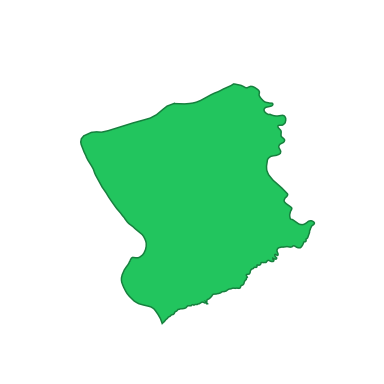 outline of La Virginia, Risaralda, Colombia, rotated 130°
{"feature_id": "7082276B71281345129005", "entity_name": "La Virginia", "entity_type": "district", "adm_level": 2, "iso_a3": "COL", "parent_name": "Colombia", "parent_adm1": "Risaralda", "projection": "natural_earth1", "projection_center": [-75.853, 4.903], "detail": "fine", "context": "isolated", "style": "filled", "palette": "green", "viewbox_px": 384, "rotation_deg": 130, "n_neighbors": 0, "source": "geoboundaries", "source_scale": "gbopen_adm2", "svg_char_len": 5806}
<svg xmlns="http://www.w3.org/2000/svg" viewBox="0 0 384 384"><g transform="rotate(130 192 192)"><path d="M144.7,77.3L143.7,77.8L141.3,78.4L140.1,78.3L139.1,77.9L137.7,77.9L137.0,78.4L136.7,79.3L136.8,80.5L137.1,81.7L137.6,82.5L138.4,83.2L139.6,84.0L141.3,84.3L142.8,84.7L144.5,85.3L145.8,86.2L146.9,87.6L147.7,89.2L147.9,90.2L148.5,97.1L148.7,97.7L149.2,98.5L149.4,98.9L149.3,99.4L149.0,100.0L147.6,101.7L146.4,102.7L143.9,103.9L143.1,104.2L141.7,104.4L140.9,104.7L140.4,105.0L140.1,105.4L140.0,106.0L140.0,107.3L140.2,109.7L140.4,112.3L140.3,113.9L140.1,114.9L139.7,115.6L139.2,116.1L138.3,116.4L137.3,116.7L136.3,116.8L134.9,116.5L133.8,116.6L132.9,116.8L132.2,117.3L132.0,118.0L131.2,125.7L130.9,137.4L130.4,140.1L129.6,144.2L128.8,146.0L127.3,148.7L126.0,150.0L124.2,151.6L118.8,154.9L117.3,155.2L115.8,155.0L114.0,154.5L111.9,152.9L109.8,151.0L107.5,149.7L106.6,149.4L105.6,149.2L104.8,149.6L103.9,150.1L103.4,150.9L102.1,154.1L101.4,154.8L100.7,155.1L99.8,155.3L98.7,155.3L95.4,153.9L94.2,153.8L93.0,154.2L92.3,155.0L92.2,156.0L92.1,159.2L91.7,159.9L90.3,161.1L88.9,162.1L88.1,162.9L87.7,163.9L87.3,167.1L86.9,168.0L86.3,168.6L85.6,168.6L84.8,168.1L83.2,166.3L82.5,165.6L80.0,165.1L79.0,165.2L76.8,166.3L75.3,167.6L74.6,169.1L74.4,170.2L74.9,171.8L76.4,173.2L78.8,175.3L80.0,176.8L81.0,178.5L82.0,180.9L82.3,182.1L83.6,183.4L83.8,184.4L84.0,185.9L83.9,187.1L83.9,187.7L83.7,188.3L83.0,189.5L82.7,189.7L82.1,190.0L81.5,190.1L80.8,190.1L79.8,189.9L78.4,188.9L76.1,187.1L75.2,186.5L74.4,186.2L73.8,186.1L73.3,186.2L72.7,186.5L72.4,187.2L72.5,187.8L74.1,189.8L74.4,190.6L75.8,193.1L76.2,194.3L76.3,196.2L76.0,198.8L75.7,200.4L75.0,202.4L74.4,203.1L73.6,203.7L72.9,204.0L72.0,204.7L71.6,205.4L71.3,206.4L71.3,208.2L71.6,211.0L71.8,211.9L72.2,213.1L72.6,214.0L73.5,215.1L75.5,216.2L76.7,216.7L77.2,217.3L77.6,218.0L77.9,219.0L78.0,220.0L78.8,223.0L81.8,228.6L82.5,229.6L85.4,230.5L93.0,234.2L95.8,235.3L98.3,236.4L101.7,238.3L105.2,239.9L116.5,244.3L120.2,246.3L121.5,247.2L123.4,248.6L125.8,250.8L129.3,254.3L135.1,261.7L135.4,262.0L135.3,262.4L142.2,266.3L147.0,267.3L155.5,268.8L162.2,271.5L167.3,274.9L176.7,281.4L198.9,295.6L204.4,299.8L207.3,303.8L211.0,307.4L218.5,311.0L222.3,311.0L225.2,309.4L226.8,307.5L230.7,300.4L232.6,296.2L233.1,295.5L234.5,292.2L236.7,285.4L237.9,282.3L240.0,278.8L241.0,276.8L243.6,270.1L246.0,264.0L247.9,257.0L249.4,252.7L250.8,247.8L252.4,241.8L253.1,238.9L254.0,233.3L254.8,230.0L255.2,227.4L255.7,226.0L256.6,222.1L256.8,220.1L256.5,214.7L256.7,212.1L256.6,202.9L257.1,200.7L258.2,198.0L259.4,195.8L260.6,194.2L263.0,192.2L266.0,190.6L269.5,189.6L272.0,189.4L275.2,190.1L276.9,190.9L278.3,192.5L279.3,194.0L280.2,195.4L281.5,195.9L283.4,195.6L284.8,195.1L285.9,195.0L287.0,194.6L289.1,194.3L291.3,194.2L295.1,193.8L300.2,192.3L303.2,190.8L304.9,189.4L306.3,187.8L307.8,185.2L308.9,183.1L310.6,179.1L311.5,176.5L312.2,172.9L312.5,169.1L312.7,166.2L312.3,163.5L311.8,161.0L309.8,156.6L307.4,151.8L306.4,149.5L306.1,147.4L306.0,145.9L306.5,143.5L307.6,139.4L309.3,134.8L310.6,132.5L311.9,130.3L309.9,130.1L309.2,129.9L306.6,130.0L306.1,129.9L304.7,129.6L304.3,129.6L303.6,129.7L302.9,129.7L301.6,129.0L301.2,128.9L299.6,128.8L298.9,128.5L298.1,127.8L297.6,127.6L296.7,127.5L296.1,127.6L295.5,127.9L295.1,127.9L294.2,127.8L293.5,127.4L292.6,127.2L290.9,127.2L290.1,126.4L289.1,125.9L288.8,125.6L287.5,124.2L286.2,123.1L284.8,122.3L284.2,122.2L282.4,122.2L282.1,122.1L281.8,122.0L280.0,119.9L279.6,119.5L278.6,119.5L277.9,119.1L277.7,118.9L277.5,118.5L277.5,117.8L276.3,117.4L275.7,116.8L275.1,116.0L274.7,115.6L274.1,115.5L273.7,115.3L273.1,114.7L272.6,114.5L270.5,113.8L269.9,113.5L269.6,113.2L269.1,112.3L268.9,111.1L268.6,110.7L267.7,110.3L267.7,110.0L267.8,109.5L268.0,109.5L268.2,109.2L268.1,108.6L267.9,108.5L267.6,108.3L267.4,109.7L267.1,111.0L266.8,110.0L266.6,110.1L265.9,110.6L265.3,111.0L264.8,111.1L264.3,111.0L263.7,110.7L262.9,110.3L261.9,110.1L259.3,109.9L258.3,110.1L257.2,110.1L256.7,110.0L255.4,108.8L255.0,108.3L254.1,107.5L253.4,107.1L252.7,106.4L251.1,105.4L250.7,105.2L249.8,105.1L248.9,104.7L248.4,104.2L248.1,103.9L247.7,103.4L245.7,102.1L244.4,101.9L243.2,101.5L242.7,101.2L242.1,100.9L241.2,99.9L240.7,99.7L239.7,99.1L238.9,98.3L237.9,96.8L237.2,96.3L236.7,95.8L236.2,94.9L235.5,94.0L235.0,93.7L234.6,93.5L233.7,93.7L233.0,94.0L232.1,94.2L231.5,93.9L230.7,93.4L230.3,93.3L229.7,93.3L229.0,93.3L227.4,94.1L226.0,94.4L225.5,94.4L224.1,94.2L222.9,95.0L222.5,95.0L222.0,94.8L221.7,94.8L221.5,95.5L221.1,96.6L220.8,96.9L220.4,97.2L220.0,97.1L218.4,95.7L217.8,95.4L217.2,95.5L216.4,95.7L215.2,96.4L214.4,96.7L213.4,96.8L212.7,96.7L212.2,96.4L211.2,95.9L209.9,95.9L209.6,95.8L209.4,95.6L208.5,94.4L208.1,94.2L207.6,94.2L207.2,94.4L206.5,95.1L206.2,95.2L205.9,95.0L205.3,94.0L204.6,93.3L204.2,93.1L203.7,93.0L202.8,93.1L201.9,93.6L201.5,93.5L200.9,93.0L200.3,92.1L198.5,90.1L198.2,90.0L197.7,90.0L196.4,90.1L195.9,90.0L195.4,89.7L195.0,89.1L194.8,88.3L194.7,87.7L194.3,86.6L193.3,85.4L192.9,85.1L192.0,85.1L191.7,85.5L191.6,85.8L191.5,86.8L191.2,87.1L190.8,87.5L190.5,86.3L190.2,85.6L189.9,85.1L189.5,84.6L189.2,84.4L188.7,84.4L188.4,84.5L188.1,84.7L188.0,85.2L187.9,86.5L187.6,87.4L187.2,88.0L186.9,88.3L186.6,88.3L186.3,88.2L186.1,88.0L186.0,87.7L185.8,86.1L185.7,85.8L185.5,85.6L185.1,85.6L184.7,85.8L184.1,86.3L182.8,88.7L182.4,89.1L182.1,89.4L181.5,89.7L180.8,89.9L179.3,89.9L178.8,89.6L176.5,87.9L175.9,87.1L175.5,86.6L174.0,85.3L173.4,84.7L172.8,84.3L171.2,81.5L170.8,81.0L170.4,80.7L169.7,80.2L168.6,79.9L168.2,79.9L167.8,79.5L167.4,78.7L167.1,76.5L166.7,75.3L166.3,74.6L165.6,73.7L165.1,73.2L164.2,73.0L163.1,73.0L161.5,73.2L159.7,73.7L158.7,74.1L158.3,74.1L157.8,73.8L157.2,73.2L156.6,73.1L156.1,73.2L154.8,74.4L153.6,74.0L152.7,74.0L147.6,75.9L146.7,76.5L146.3,76.9L144.7,77.3Z" fill="#22c55e" stroke="#15803d" stroke-width="1.5"/></g></svg>